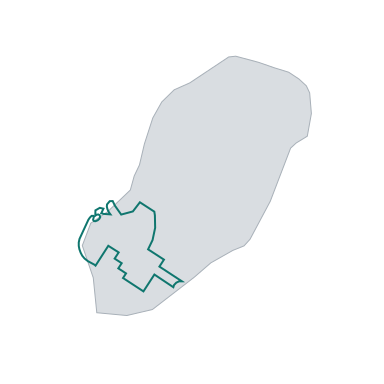 Al Khawr highlighted on a map of Qatar, rotated 213°
{"feature_id": "QAT-1105", "entity_name": "Al Khawr", "entity_type": "Municipality", "adm_level": 1, "iso_a3": "QAT", "parent_name": "Qatar", "parent_adm1": "", "projection": "orthographic", "projection_center": [51.407, 25.752], "detail": "fine", "context": "in_parent", "style": "outline", "palette": "teal", "viewbox_px": 384, "rotation_deg": 213, "n_neighbors": 0, "source": "natural_earth", "source_scale": "10m", "svg_char_len": 1381}
<svg xmlns="http://www.w3.org/2000/svg" viewBox="0 0 384 384"><g transform="rotate(213 192 192)"><path d="M206.8,337.0L191.0,340.9L176.2,345.1L163.8,345.0L153.9,343.3L147.3,339.2L134.6,322.8L125.7,301.6L131.3,289.9L133.2,282.5L121.3,226.8L117.6,184.0L119.0,175.2L126.0,165.2L137.6,142.9L143.8,121.5L161.2,71.9L179.4,52.9L206.1,38.9L228.1,66.3L254.8,87.3L259.9,110.7L252.0,129.7L244.8,160.1L249.2,174.0L250.8,186.1L258.1,206.4L265.2,232.7L266.4,251.0L262.6,268.0L253.3,282.3L234.8,325.2L229.3,329.7L206.8,337.0Z" fill="#d9dde1" stroke="#a8b0b8" stroke-width="1"/><path d="M232.8,77.7L234.2,77.9L241.7,77.3L245.9,77.7L249.4,78.8L252.4,80.5L255.3,82.7L257.6,85.1L259.5,88.0L260.8,91.4L263.8,112.4L263.7,115.0L263.2,117.3L261.8,118.2L260.8,117.6L259.8,114.8L258.3,114.2L257.0,115.0L255.7,116.9L255.1,119.1L255.3,120.9L256.9,122.3L258.4,122.1L259.6,121.0L260.2,119.5L263.0,124.0L260.7,128.5L257.2,129.8L256.5,124.8L254.2,125.5L248.2,128.8L250.8,129.8L253.4,131.4L255.5,133.4L256.5,135.3L256.0,139.5L253.6,141.2L249.1,138.5L239.1,134.5L231.0,143.5L230.1,155.0L212.9,155.0L210.4,152.2L203.4,141.9L198.9,130.2L197.6,120.0L178.7,120.0L178.7,111.7L151.8,111.6L154.2,110.0L155.8,107.4L156.4,104.2L155.8,102.0L178.6,102.3L178.6,82.2L203.0,82.3L203.0,87.8L212.2,87.8L212.2,94.0L220.6,94.0L220.6,101.4L232.9,101.3L232.8,78.5L232.8,77.7Z" fill="none" stroke="#0f766e" stroke-width="2"/></g></svg>